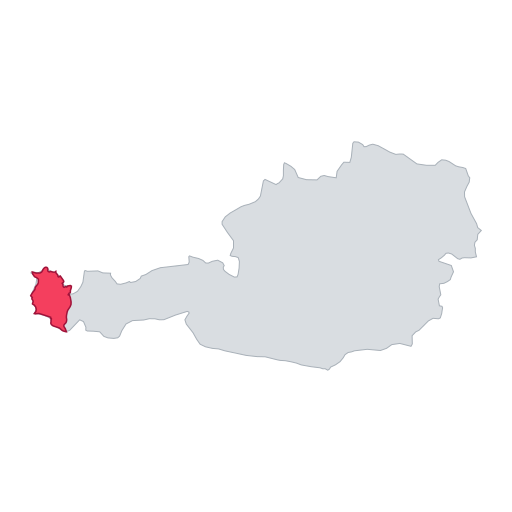 where Vorarlberg sits in Austria
{"feature_id": "AUT-2320", "entity_name": "Vorarlberg", "entity_type": "State", "adm_level": 1, "iso_a3": "AUT", "parent_name": "Austria", "parent_adm1": "", "projection": "mercator", "projection_center": [9.893, 47.218], "detail": "fine", "context": "in_parent", "style": "filled", "palette": "rose", "viewbox_px": 512, "rotation_deg": 0, "n_neighbors": 0, "source": "natural_earth", "source_scale": "10m", "svg_char_len": 4956}
<svg xmlns="http://www.w3.org/2000/svg" viewBox="0 0 512 512"><path d="M31.1,295.0L35.9,284.4L36.9,277.9L32.7,274.0L30.9,272.9L32.4,272.0L38.4,272.7L42.2,270.5L44.2,268.4L49.5,270.4L57.3,274.5L61.0,277.3L62.5,279.4L63.4,281.2L62.9,284.3L64.7,285.5L68.4,286.0L70.8,286.9L70.0,290.9L69.8,294.3L73.2,293.8L77.5,291.3L80.8,286.7L82.9,282.2L84.4,271.4L85.0,270.5L87.5,271.3L97.9,270.9L102.8,272.9L110.6,273.2L110.4,274.9L111.8,277.6L115.3,281.4L117.0,283.9L120.6,284.3L126.1,282.9L129.4,281.5L130.6,282.5L135.7,281.5L140.2,278.5L141.3,276.1L145.9,274.5L152.0,270.6L160.4,267.7L188.1,264.5L189.2,262.1L188.8,256.7L189.5,255.9L193.0,257.2L198.6,258.5L202.9,260.4L205.7,263.0L208.3,263.1L212.3,261.3L217.7,260.2L222.7,262.8L224.2,265.6L223.3,267.1L223.4,269.4L225.0,271.3L229.1,274.4L234.4,277.1L237.1,276.9L238.1,274.3L239.1,268.1L239.4,261.4L238.2,257.6L235.4,256.6L232.0,256.3L230.2,255.5L230.8,253.4L233.5,248.0L233.5,240.7L227.4,232.4L222.1,224.3L222.1,221.6L225.3,216.8L230.2,213.0L241.1,206.7L244.5,205.4L249.0,204.3L255.3,201.7L258.4,199.0L260.4,196.1L263.4,180.9L264.1,180.3L265.0,179.4L276.1,184.6L277.1,183.8L279.0,182.9L282.7,178.9L283.4,175.8L283.4,170.0L283.7,164.6L284.4,162.8L286.1,163.5L290.9,166.3L294.7,169.5L298.2,177.5L306.5,179.7L317.0,179.9L320.8,176.3L324.2,175.5L328.1,176.6L336.2,177.8L337.1,171.3L341.8,164.6L343.9,162.2L349.8,162.4L351.3,157.4L352.8,143.3L354.0,141.8L358.4,142.1L362.7,144.6L364.0,146.7L366.2,146.6L369.3,145.1L372.8,144.2L378.2,145.7L389.8,152.1L395.8,154.4L399.6,154.0L403.2,154.1L416.9,163.9L426.5,165.3L435.2,165.3L438.0,162.4L441.7,159.8L445.6,160.2L449.0,161.5L455.6,165.8L458.7,166.8L462.7,167.5L465.7,168.5L468.3,175.9L469.8,177.9L469.6,178.8L469.2,182.1L466.9,186.4L464.5,191.9L464.6,196.8L471.0,213.5L476.6,223.7L477.7,227.6L481.3,230.5L477.8,234.3L477.2,239.8L474.9,242.3L474.4,245.4L475.3,248.3L475.3,251.9L476.5,256.8L471.0,257.9L464.5,257.7L462.1,258.0L459.9,259.3L457.7,258.7L451.7,254.0L448.4,253.0L446.0,253.3L444.3,255.3L441.2,257.9L438.4,259.7L439.0,261.3L451.3,265.5L453.5,271.8L451.1,277.0L450.3,279.6L447.4,281.6L443.9,283.3L439.7,283.8L439.2,286.6L440.8,294.8L439.5,296.6L438.1,299.1L439.4,305.8L442.0,306.3L442.6,307.9L442.1,310.6L441.7,313.5L440.7,316.6L440.3,317.9L438.5,318.8L433.1,318.3L428.4,320.9L419.0,330.3L415.7,331.9L412.1,335.7L412.3,343.9L411.9,344.7L411.0,346.3L399.7,343.4L399.3,343.5L391.8,344.6L386.6,348.3L380.4,350.5L367.2,349.3L354.5,350.8L351.4,351.9L348.1,352.5L345.0,354.7L343.2,357.8L340.0,361.7L335.5,364.8L330.6,367.1L329.4,369.1L327.8,370.2L325.1,368.7L322.9,368.8L320.1,367.8L311.1,366.7L301.2,364.9L296.5,363.1L291.1,361.8L285.4,360.7L280.2,360.4L277.6,359.9L265.2,356.8L257.0,356.6L246.2,355.4L224.8,350.8L218.5,348.9L212.5,348.4L205.5,346.8L200.1,344.2L196.7,339.3L193.0,332.7L186.3,324.1L184.9,319.8L187.0,316.1L189.1,313.2L188.8,312.0L187.2,311.4L175.4,315.1L163.9,319.7L159.4,319.8L155.0,318.8L149.3,318.7L143.7,320.0L132.5,320.6L126.0,324.0L121.8,330.7L119.6,336.1L117.7,337.8L113.8,338.4L108.0,337.9L103.9,336.4L99.7,331.8L93.3,331.2L87.3,331.0L85.8,330.2L85.9,327.2L83.5,321.6L79.7,319.8L69.6,330.4L66.9,331.3L58.8,328.4L51.8,323.9L51.0,320.6L49.9,317.9L43.9,315.3L36.6,313.5L34.2,313.5L35.1,311.9L36.0,309.2L35.4,307.0L33.7,304.8L32.8,302.4L32.5,300.1L32.0,298.2L31.6,296.4L31.1,295.0Z" fill="#d9dde1" stroke="#a8b0b8" stroke-width="1"/><path d="M50.8,318.4L50.5,318.2L50.6,317.2L39.5,313.6L38.5,313.5L35.4,313.9L34.3,313.6L34.7,313.0L35.7,311.8L35.9,311.5L36.3,309.2L36.2,308.9L35.9,307.9L35.7,307.0L34.3,305.1L33.4,304.6L32.5,304.0L32.5,303.3L33.1,302.0L33.2,301.3L32.7,300.1L32.1,299.4L31.9,298.6L32.0,298.1L32.3,297.4L31.5,296.7L31.3,296.5L30.7,295.7L32.6,292.5L34.6,290.0L34.9,289.4L35.2,287.9L35.4,287.1L37.7,284.2L38.3,282.9L38.4,279.2L36.7,277.7L34.5,276.7L32.7,274.0L32.6,273.5L32.3,272.0L32.7,272.1L36.1,273.1L39.9,273.0L41.5,272.2L42.4,270.9L43.1,269.3L44.4,267.8L45.3,267.3L46.1,267.2L47.0,267.5L47.7,268.3L47.9,269.3L47.7,270.4L48.0,271.3L49.2,272.0L49.6,271.9L50.4,271.5L50.7,271.4L52.5,272.0L54.2,272.2L55.1,272.0L55.8,271.4L56.0,272.9L56.6,273.7L57.3,274.4L57.9,275.6L57.9,275.9L57.9,276.1L58.0,276.6L58.6,277.0L59.2,276.8L59.7,276.3L60.3,276.0L63.3,280.3L63.8,281.3L63.5,282.2L62.2,283.3L62.8,284.1L63.0,285.0L63.0,285.9L63.3,286.7L63.9,287.3L64.3,287.3L64.8,286.9L65.5,286.6L65.8,286.6L66.4,287.0L66.7,287.0L67.0,286.8L67.7,286.0L70.3,285.5L71.4,286.1L71.3,287.7L70.3,290.9L70.4,291.5L70.4,292.0L70.3,292.6L70.0,292.9L69.2,293.1L69.0,293.3L68.4,294.3L68.2,294.8L68.5,295.0L69.3,294.8L70.3,297.4L71.0,301.3L71.1,302.1L71.0,304.5L70.1,306.7L67.8,310.2L67.2,311.8L66.5,315.3L66.4,316.6L66.4,317.7L66.6,318.9L66.7,319.8L66.5,321.3L66.1,322.4L65.5,323.3L64.8,323.9L64.0,324.9L63.8,325.6L63.9,326.5L65.3,328.7L66.3,331.5L66.4,331.8L65.6,331.7L63.0,330.9L61.7,330.1L59.4,328.0L53.1,325.9L51.6,324.8L50.9,323.7L50.8,322.9L51.0,322.0L51.1,319.9L51.4,319.1L51.4,318.6L51.1,318.3L50.8,318.4Z" fill="#f43f5e" stroke="#9f1239" stroke-width="1.5"/></svg>